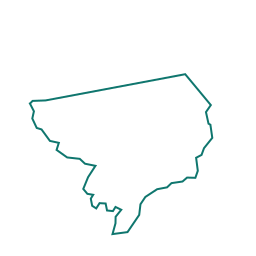 Stanly, North Carolina, United States of America, rotated 51°
{"feature_id": "52423323B43172948431886", "entity_name": "Stanly", "entity_type": "district", "adm_level": 2, "iso_a3": "USA", "parent_name": "United States of America", "parent_adm1": "North Carolina", "projection": "albers", "projection_center": [-80.212, 35.324], "detail": "fine", "context": "isolated", "style": "outline", "palette": "teal", "viewbox_px": 256, "rotation_deg": 51, "n_neighbors": 0, "source": "geoboundaries", "source_scale": "gbopen_adm2", "svg_char_len": 769}
<svg xmlns="http://www.w3.org/2000/svg" viewBox="0 0 256 256"><g transform="rotate(51 128 128)"><path d="M122.2,49.7L54.7,174.7L46.9,185.1L47.3,188.4L47.2,188.8L55.8,190.6L60.4,196.4L70.5,198.9L74.7,196.1L88.9,196.8L96.0,191.1L100.1,197.3L112.6,193.8L121.6,184.9L128.7,183.9L136.9,177.1L141.1,190.0L147.2,201.1L153.6,201.0L158.0,197.1L159.5,201.4L165.9,204.8L170.5,203.3L168.5,197.4L172.6,192.9L178.9,196.2L183.1,192.0L181.5,187.4L187.3,184.7L189.2,193.5L194.2,197.7L200.7,206.8L208.6,193.9L202.6,174.0L195.1,166.3L192.5,157.9L193.9,143.9L198.7,135.0L198.2,128.9L203.9,119.3L203.7,113.3L209.1,107.0L205.2,100.7L194.0,93.8L195.2,87.8L191.5,81.6L188.7,68.7L177.3,61.9L175.3,62.7L164.7,57.4L162.3,49.2L122.2,49.7Z" fill="none" stroke="#0f766e" stroke-width="2"/></g></svg>